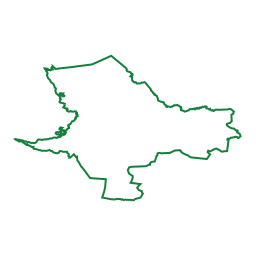 outline of Ezernieku pag., Dagdas, Latvia
{"feature_id": "27541924B52024011130433", "entity_name": "Ezernieku pag.", "entity_type": "district", "adm_level": 2, "iso_a3": "LVA", "parent_name": "Latvia", "parent_adm1": "Dagdas", "projection": "equal_earth", "projection_center": [27.647, 56.178], "detail": "fine", "context": "isolated", "style": "outline", "palette": "green", "viewbox_px": 256, "rotation_deg": 0, "n_neighbors": 0, "source": "geoboundaries", "source_scale": "gbopen_adm2", "svg_char_len": 5726}
<svg xmlns="http://www.w3.org/2000/svg" viewBox="0 0 256 256"><path d="M231.0,109.2L229.8,108.9L227.0,109.5L217.2,109.8L216.1,109.5L215.0,110.0L214.4,110.7L213.7,110.9L213.4,110.6L212.8,110.6L212.6,110.2L212.0,110.6L211.4,110.5L210.4,109.6L209.7,109.6L209.7,109.0L209.3,109.3L208.4,108.8L206.4,108.3L206.4,107.3L206.5,107.1L205.6,106.9L205.6,106.4L204.9,106.6L204.6,106.5L203.4,107.1L202.5,106.7L201.8,107.3L199.8,107.6L199.4,107.8L199.8,108.1L198.9,108.3L198.9,108.6L198.0,108.6L198.2,108.2L197.7,108.4L197.0,107.9L196.6,108.1L196.6,108.4L196.3,108.3L196.2,108.6L195.8,108.5L195.6,108.6L195.8,108.8L195.4,108.9L194.9,108.7L194.7,109.3L193.8,108.7L192.4,109.2L189.8,109.1L188.8,110.3L184.9,111.6L184.2,111.4L183.7,110.8L181.0,110.2L181.0,109.7L181.4,109.2L181.4,108.6L180.8,108.4L181.0,107.3L180.7,107.2L180.8,106.9L178.9,105.9L178.7,105.5L177.8,105.4L177.1,104.9L176.3,105.3L174.1,105.2L173.8,105.8L172.8,106.1L172.1,106.7L171.4,106.6L170.4,107.0L167.6,106.3L167.2,106.9L166.7,106.7L166.3,106.8L166.1,106.5L166.1,105.8L166.5,105.7L166.3,105.4L165.0,104.7L164.9,104.4L164.3,104.1L164.0,102.8L163.7,102.9L162.8,102.0L162.3,102.2L161.8,102.0L158.6,100.8L158.0,100.0L158.0,98.6L157.4,97.8L157.2,96.6L156.7,95.8L154.6,94.9L154.8,94.3L154.1,94.1L153.9,93.4L153.1,93.1L153.1,92.6L150.9,90.3L150.9,89.4L145.2,82.5L144.3,82.2L143.2,82.6L141.6,82.6L141.3,83.1L139.7,83.5L138.6,83.3L137.6,83.6L136.6,83.4L136.2,82.4L135.6,82.2L134.7,82.5L133.7,82.1L133.6,81.7L132.3,80.6L132.0,79.7L132.1,76.8L130.4,76.4L130.8,75.8L131.2,75.8L131.6,75.3L132.4,75.1L132.3,74.6L132.5,74.2L132.1,73.8L131.3,73.6L130.3,72.2L127.6,71.4L126.9,70.9L126.6,70.3L126.8,69.2L125.2,67.4L111.2,55.8L92.1,64.4L69.9,67.3L58.6,68.5L55.8,69.1L52.8,66.3L52.9,67.2L52.4,67.5L51.8,67.3L51.3,68.1L51.5,68.5L52.2,68.5L52.2,69.0L52.7,69.5L51.3,69.8L50.3,70.4L49.7,70.0L48.0,70.1L47.8,69.8L48.0,69.0L47.8,68.8L46.4,68.8L45.8,68.4L44.6,68.4L45.1,69.2L46.3,70.4L46.3,71.4L47.2,72.2L47.6,73.6L46.9,74.7L47.2,75.2L47.2,76.2L47.6,76.8L47.9,77.9L50.2,80.4L50.9,82.2L53.2,83.7L54.5,86.3L54.8,87.6L55.9,88.4L55.9,89.3L55.3,90.5L56.2,93.4L59.2,95.9L59.3,95.0L59.8,94.5L59.7,93.4L61.0,93.2L62.2,93.6L63.3,93.4L63.2,93.8L62.3,94.6L63.8,95.2L64.4,95.9L64.2,96.2L62.8,96.4L62.4,95.9L61.0,95.5L60.0,95.7L59.5,96.2L59.6,96.6L60.4,97.5L59.9,98.6L60.7,99.3L60.4,99.5L60.4,100.4L59.6,101.3L59.4,101.8L60.1,102.6L63.1,103.2L64.8,103.8L64.4,105.2L64.7,105.6L64.6,105.9L63.3,107.4L64.5,108.0L67.2,108.5L67.5,109.1L67.1,109.3L67.2,109.7L66.8,109.9L67.1,110.2L67.0,110.7L68.0,111.4L69.4,111.7L70.3,111.1L71.4,111.3L71.8,111.7L73.5,111.7L74.7,111.3L76.1,111.5L76.2,112.3L76.9,112.7L76.9,112.9L75.3,113.0L76.6,113.6L76.5,114.1L76.9,114.3L76.5,114.6L77.0,115.3L76.5,115.3L76.5,115.6L77.1,115.6L77.0,115.9L77.5,116.2L75.5,117.4L75.9,118.2L75.4,118.6L75.6,118.9L74.6,119.7L74.6,120.1L73.7,121.0L72.0,121.4L70.4,124.1L68.5,124.8L68.1,125.4L68.2,125.9L68.8,126.4L69.6,126.7L68.8,126.7L68.7,127.1L69.2,127.5L70.0,127.5L69.2,127.8L68.5,128.6L67.3,128.9L66.5,130.3L65.4,130.6L65.2,131.1L64.9,131.2L64.9,130.7L64.1,130.2L63.2,130.3L61.5,129.8L60.8,128.5L61.4,128.6L62.2,127.9L61.0,127.8L60.8,127.4L60.4,127.6L60.4,127.9L59.5,128.7L59.6,129.5L60.0,129.4L60.8,130.1L61.8,130.5L63.4,130.8L64.1,132.1L65.2,132.0L65.9,132.4L64.9,134.4L64.1,134.7L64.3,134.1L64.2,134.0L63.0,134.1L62.1,133.5L61.1,133.6L60.7,132.7L61.0,132.0L60.8,131.8L60.1,131.9L59.1,132.5L57.3,132.0L56.0,132.5L55.7,133.4L56.9,134.4L58.8,134.5L59.3,134.8L59.6,135.2L60.2,134.9L60.4,135.4L61.3,135.7L60.9,136.3L60.0,137.0L58.4,136.8L58.0,137.0L57.6,137.6L56.4,137.9L55.1,137.5L53.2,137.7L51.5,138.6L50.1,138.3L48.7,139.1L47.4,139.1L46.2,139.5L45.2,139.2L42.4,139.9L38.4,139.4L37.5,140.2L36.5,141.9L34.9,143.2L32.2,142.8L31.1,143.0L28.8,142.0L27.8,142.5L27.1,141.9L25.7,141.3L24.7,141.5L23.7,141.2L23.1,140.6L18.9,139.7L16.6,139.5L15.7,139.0L15.4,139.1L16.0,139.4L15.8,139.7L16.0,139.9L17.9,140.7L19.0,141.5L22.1,141.3L22.8,142.4L24.2,142.9L24.5,143.5L25.5,144.0L26.7,145.1L27.5,145.0L27.5,144.7L32.3,147.2L33.5,146.9L33.4,148.3L33.8,148.8L37.7,149.5L39.0,150.2L40.3,150.1L41.6,150.8L44.8,150.7L46.4,150.9L49.6,150.0L50.9,151.0L52.2,151.1L53.0,152.1L54.2,152.7L57.4,153.3L58.6,152.8L58.6,152.5L59.1,152.3L59.7,151.2L60.1,150.9L63.4,151.8L67.0,151.7L67.2,151.9L67.1,152.7L68.6,154.0L68.9,154.9L68.3,155.9L69.4,157.2L69.3,157.7L70.2,157.6L73.9,154.2L76.0,157.0L77.0,156.6L77.3,160.3L78.7,162.0L81.1,166.5L81.9,167.1L83.5,169.1L90.1,178.1L105.8,179.2L105.2,187.1L104.1,191.7L102.2,197.5L110.8,199.2L115.0,199.5L116.9,198.8L118.0,199.1L120.1,198.9L121.4,199.7L122.4,199.3L123.5,200.0L125.7,199.6L127.2,199.9L131.5,199.9L131.7,200.2L133.9,200.1L135.2,199.0L140.5,197.6L142.9,193.5L142.0,192.7L141.9,191.3L138.8,190.1L137.2,187.8L138.1,186.4L140.4,184.1L130.6,182.8L131.8,180.5L132.6,178.3L132.7,176.0L129.1,173.7L127.8,170.1L129.2,167.3L131.6,166.8L146.1,166.2L148.7,164.8L150.0,164.8L150.1,163.3L151.5,161.9L154.7,161.5L156.2,157.3L156.3,156.3L157.2,155.6L157.4,155.1L157.4,153.8L157.6,153.3L159.5,152.9L161.9,153.4L162.7,153.2L169.8,152.9L174.9,150.5L180.1,150.2L180.9,151.1L180.8,151.5L181.9,152.4L182.0,152.7L186.4,154.9L188.1,155.4L188.9,156.2L191.0,157.4L206.8,159.0L210.1,154.4L207.6,152.1L208.2,150.7L210.3,151.3L214.5,149.1L216.4,148.6L219.7,150.2L221.8,151.7L225.5,151.1L227.1,151.1L228.5,140.3L227.4,139.9L227.4,139.2L227.7,138.7L229.6,138.8L230.5,137.8L233.9,137.3L235.4,136.8L237.3,137.1L238.0,138.0L238.6,138.0L240.6,136.2L239.7,133.8L237.1,132.2L237.0,131.8L237.5,131.5L237.6,130.6L235.6,130.2L234.9,129.3L234.4,129.1L234.1,128.6L232.3,128.4L230.4,127.8L227.5,125.9L226.7,124.8L227.0,123.8L230.5,122.7L231.3,121.3L231.7,121.2L231.4,114.7L233.2,113.8L233.3,113.0L234.0,111.7L231.0,109.2Z" fill="none" stroke="#15803d" stroke-width="2"/></svg>